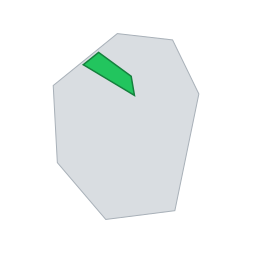 where Ewa sits in Nauru, rotated 342°
{"feature_id": "NRU-4977", "entity_name": "Ewa", "entity_type": "state/province", "adm_level": 1, "iso_a3": "NRU", "parent_name": "Nauru", "parent_adm1": "", "projection": "albers", "projection_center": [166.932, -0.502], "detail": "fine", "context": "in_parent", "style": "filled", "palette": "green", "viewbox_px": 256, "rotation_deg": 342, "n_neighbors": 0, "source": "natural_earth", "source_scale": "10m", "svg_char_len": 378}
<svg xmlns="http://www.w3.org/2000/svg" viewBox="0 0 256 256"><g transform="rotate(342 128 128)"><path d="M205.9,117.5L147.0,221.1L78.6,208.1L50.1,139.1L70.0,64.5L147.0,34.9L197.6,58.0L205.9,117.5Z" fill="#d9dde1" stroke="#a8b0b8" stroke-width="1"/><path d="M105.0,54.0L123.4,47.0L147.0,79.8L144.2,99.0L105.0,54.0Z" fill="#22c55e" stroke="#15803d" stroke-width="1.5"/></g></svg>